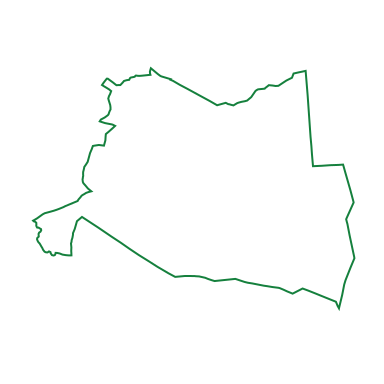 outline of Al-Hatra, Ninawa, Iraq, rotated 266°
{"feature_id": "34846034B76064773860715", "entity_name": "Al-Hatra", "entity_type": "district", "adm_level": 2, "iso_a3": "IRQ", "parent_name": "Iraq", "parent_adm1": "Ninawa", "projection": "equal_earth", "projection_center": [42.575, 35.589], "detail": "fine", "context": "isolated", "style": "outline", "palette": "green", "viewbox_px": 384, "rotation_deg": 266, "n_neighbors": 0, "source": "geoboundaries", "source_scale": "gbopen_adm2", "svg_char_len": 3555}
<svg xmlns="http://www.w3.org/2000/svg" viewBox="0 0 384 384"><g transform="rotate(266 192 192)"><path d="M65.7,330.5L66.4,330.7L78.7,334.6L85.0,336.3L89.1,337.4L93.3,339.0L105.4,344.8L114.0,349.1L114.6,349.4L116.6,349.2L117.2,349.1L137.7,346.2L149.3,344.8L151.7,344.3L154.1,343.9L154.9,344.3L169.5,352.1L170.0,352.4L170.4,352.5L172.6,352.1L182.9,350.1L201.2,346.2L207.0,345.0L208.8,344.6L208.8,339.9L209.1,331.9L209.1,323.5L209.3,314.5L221.4,314.3L224.6,314.3L226.3,314.3L229.4,314.3L239.0,314.1L242.1,314.1L249.4,314.1L252.5,314.1L255.7,314.1L277.3,314.1L280.4,314.1L304.9,313.8L304.4,310.5L303.9,306.8L303.1,301.6L299.0,299.7L296.6,293.9L294.0,289.3L291.9,285.6L291.9,282.8L292.6,279.8L293.2,276.1L292.2,274.7L290.6,272.3L290.0,271.7L289.8,265.1L289.2,263.7L288.4,262.4L282.5,257.7L280.2,254.5L279.4,253.5L278.9,251.2L278.5,247.7L277.9,244.7L277.5,243.3L275.5,239.4L276.3,236.9L276.9,235.4L277.1,234.3L278.6,231.9L276.8,223.1L281.5,216.1L287.1,207.3L295.1,194.8L299.7,187.4L304.2,180.8L305.5,178.3L306.0,178.7L309.5,169.4L310.1,168.4L312.0,166.2L314.1,164.0L316.7,161.3L318.3,159.6L316.2,158.8L315.5,158.6L315.0,158.4L314.9,158.4L313.3,158.4L312.4,158.6L311.8,158.7L311.8,158.4L311.6,152.8L311.5,149.4L311.5,147.7L311.7,145.9L312.1,144.2L311.7,143.5L311.0,142.9L310.8,142.0L310.6,140.2L310.4,138.8L309.9,138.1L308.3,137.2L308.1,134.6L307.5,131.9L306.0,130.5L303.7,128.0L303.8,125.9L303.8,124.1L305.0,122.7L306.6,121.0L310.9,115.9L311.0,114.9L308.6,112.7L307.0,111.3L305.0,109.7L303.8,111.3L302.2,113.6L300.1,116.5L299.2,117.4L298.3,118.4L296.1,117.4L295.4,117.1L293.3,115.8L292.1,115.4L291.2,115.0L289.4,115.3L289.0,115.4L284.3,116.5L283.8,116.5L282.3,116.6L282.2,116.6L280.7,116.5L280.1,116.5L278.6,115.6L277.4,115.0L275.2,114.1L274.4,113.3L272.4,110.1L271.1,107.2L270.6,106.1L268.9,104.9L268.0,107.1L266.8,110.1L266.2,112.3L265.0,116.8L264.7,117.6L263.3,119.9L261.5,117.7L257.8,112.9L255.8,110.1L253.4,109.7L249.6,109.2L244.4,107.4L245.4,102.4L245.0,97.5L244.8,96.3L242.0,95.1L237.9,93.0L235.0,92.0L229.3,90.0L226.6,88.0L224.5,86.3L222.9,85.9L221.3,85.4L219.5,84.8L217.2,84.6L215.6,84.6L214.9,84.3L213.2,84.0L212.7,83.8L212.2,83.7L209.7,83.8L208.3,84.3L205.7,86.3L202.8,88.4L202.3,88.9L199.7,91.6L199.3,89.5L199.2,88.9L198.5,86.3L197.4,84.3L196.7,82.8L196.0,81.6L194.7,80.5L193.2,79.0L192.3,78.1L191.0,77.3L186.7,64.5L185.9,62.7L184.4,58.1L183.7,55.7L183.0,53.0L182.2,49.2L181.1,43.6L180.1,41.4L176.5,35.6L175.0,32.6L174.5,31.5L173.8,32.1L173.3,33.4L172.2,34.5L170.8,34.5L169.2,34.3L168.0,34.7L167.3,35.1L167.2,36.4L166.3,37.6L165.5,38.8L164.3,38.9L162.9,38.0L162.2,36.7L160.9,36.0L159.7,36.0L158.2,36.0L157.0,34.5L155.8,34.1L154.3,34.5L152.6,35.3L151.3,36.4L150.1,37.0L148.0,38.0L146.5,38.8L144.8,39.4L142.7,40.8L142.0,42.1L141.8,43.7L142.7,45.2L141.9,46.6L140.6,46.8L138.8,47.9L138.3,49.5L138.6,50.7L139.5,51.3L140.8,51.7L140.6,53.3L139.9,55.7L138.6,58.4L137.8,61.8L137.3,65.0L137.2,67.3L139.7,67.4L141.6,67.4L145.1,67.8L149.1,67.7L150.6,68.3L152.4,68.6L154.6,69.5L157.7,70.3L159.2,70.4L163.2,72.4L167.3,73.9L170.9,75.2L174.8,80.5L173.2,82.6L162.8,96.3L153.1,108.6L146.3,117.5L140.0,125.3L132.7,134.7L126.7,143.0L119.8,152.3L112.6,162.8L108.5,169.3L108.7,178.8L108.0,188.5L107.7,190.0L107.3,193.2L105.5,199.2L104.2,201.8L102.7,205.4L101.6,208.3L102.3,229.2L100.6,233.3L98.6,238.2L97.6,241.3L96.6,245.7L93.5,257.2L92.8,260.5L91.6,265.5L90.4,271.6L90.0,272.8L88.2,276.4L86.2,280.0L83.6,285.3L88.0,295.6L85.6,300.9L82.2,308.0L79.2,314.1L75.5,321.7L72.5,327.9L68.0,329.4L67.0,329.9L65.7,330.5Z" fill="none" stroke="#15803d" stroke-width="2"/></g></svg>